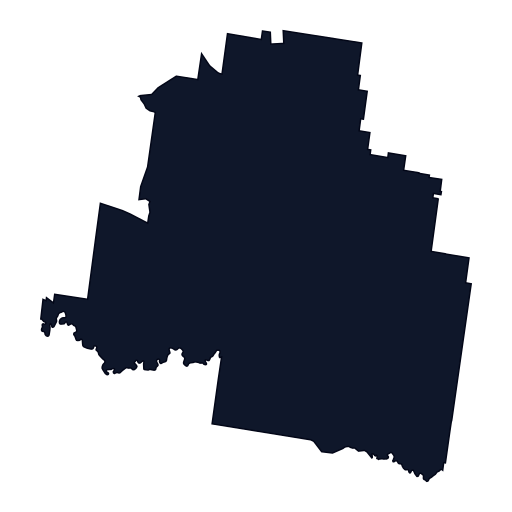 Leeton, New South Wales, Australia
{"feature_id": "25037944B57687505469181", "entity_name": "Leeton", "entity_type": "district", "adm_level": 2, "iso_a3": "AUS", "parent_name": "Australia", "parent_adm1": "New South Wales", "projection": "equal_earth", "projection_center": [146.159, -34.53], "detail": "fine", "context": "isolated", "style": "filled", "palette": "ink", "viewbox_px": 512, "rotation_deg": 0, "n_neighbors": 0, "source": "geoboundaries", "source_scale": "gbopen_adm2", "svg_char_len": 5954}
<svg xmlns="http://www.w3.org/2000/svg" viewBox="0 0 512 512"><path d="M46.5,297.7L46.1,300.7L43.0,299.4L43.0,299.7L40.8,319.0L41.8,319.2L43.8,321.5L45.6,322.3L45.9,323.2L45.7,323.6L44.9,324.2L44.5,324.3L43.1,323.8L42.4,324.3L42.2,325.0L42.5,327.1L41.8,328.4L41.5,329.7L41.6,330.4L41.9,330.9L42.3,331.3L43.5,331.4L44.3,331.8L44.8,332.6L45.2,334.5L46.2,335.7L47.3,336.2L47.9,336.2L48.4,335.9L48.8,335.5L49.1,334.7L49.8,330.2L50.0,327.3L49.7,325.2L50.0,324.1L50.4,323.7L50.9,323.9L51.4,324.8L51.9,326.7L52.3,327.2L52.7,327.3L53.7,326.8L54.1,326.3L56.4,321.8L56.6,320.9L56.3,319.0L56.4,317.9L57.6,316.2L58.6,313.6L59.8,312.7L61.4,312.2L62.8,311.4L63.8,311.4L64.5,311.7L65.2,312.5L65.9,314.8L66.1,316.2L65.8,317.3L65.1,317.7L63.0,317.8L62.1,318.0L60.3,319.3L59.8,320.2L59.4,321.6L59.4,322.5L59.6,323.4L60.1,323.9L60.9,324.1L63.9,323.8L64.4,323.6L65.3,322.2L66.3,321.9L66.7,322.1L67.0,322.5L67.6,324.3L68.0,324.9L68.3,325.2L68.8,325.1L70.8,323.9L71.8,323.8L72.7,324.2L73.6,325.3L75.4,326.2L75.9,327.0L76.7,330.1L76.7,331.0L76.5,331.6L76.1,332.0L74.0,333.1L73.8,333.9L73.8,334.6L75.0,336.3L76.1,339.5L76.6,340.3L77.6,340.5L79.2,340.4L80.0,340.0L80.9,339.1L81.7,339.4L82.1,339.7L82.4,340.7L82.6,343.8L82.8,345.3L83.1,346.0L83.9,346.8L87.2,348.2L91.3,349.1L92.4,348.9L93.0,348.5L93.4,347.8L93.9,346.4L94.3,345.9L95.3,345.7L96.5,346.5L96.8,347.0L96.8,347.7L96.1,349.4L96.2,350.1L97.5,351.2L98.3,352.3L98.8,354.4L99.4,355.3L101.6,357.7L103.3,359.4L104.3,360.1L104.8,360.9L105.0,361.8L104.6,362.9L103.4,364.1L102.8,365.0L102.2,366.8L102.1,368.1L102.8,369.6L105.3,373.5L106.8,374.6L107.5,374.7L108.2,374.4L108.5,373.8L108.5,373.3L108.1,372.8L106.4,371.7L106.1,371.2L106.2,370.4L106.7,370.0L107.6,369.6L111.2,369.4L111.8,368.9L112.7,368.6L114.1,368.6L114.4,368.8L114.5,369.4L114.2,370.4L113.3,371.7L113.5,372.8L114.0,373.3L114.6,373.5L115.5,372.9L116.9,372.5L118.2,372.7L119.0,373.0L119.9,372.8L122.5,370.4L125.9,367.8L126.8,367.7L128.7,368.1L130.5,367.9L131.0,368.1L132.9,369.7L133.9,369.7L134.5,369.5L135.9,368.3L136.4,367.5L136.9,366.6L136.6,365.6L135.4,364.1L134.4,363.3L134.2,363.0L134.4,362.3L135.0,361.7L135.8,360.5L136.3,360.2L137.4,360.6L137.8,361.8L138.4,362.6L138.8,363.0L139.5,363.1L140.3,362.9L142.5,361.1L143.3,360.9L143.8,361.2L144.0,361.7L143.6,363.9L143.8,368.6L144.0,369.3L144.6,369.6L148.1,370.0L148.9,369.8L149.5,369.3L153.6,370.1L154.8,370.1L155.6,369.5L156.1,367.5L156.5,366.9L157.5,366.0L158.0,365.2L157.9,364.3L156.8,362.3L156.5,361.5L156.7,360.2L157.0,359.6L158.1,359.1L158.8,359.1L159.2,359.4L159.7,360.2L159.5,361.5L159.6,362.1L160.1,363.0L160.8,363.5L161.2,363.4L163.1,362.3L164.9,361.8L165.8,361.4L166.1,361.0L166.5,360.2L166.8,357.9L167.6,355.4L168.4,354.4L169.8,353.3L169.9,352.6L169.0,349.4L169.5,348.2L170.6,347.8L172.0,348.1L173.2,348.7L175.0,349.9L175.8,350.0L177.0,349.5L178.6,348.0L179.9,347.9L181.0,348.4L182.3,349.7L183.1,350.8L183.2,351.4L183.1,352.1L182.2,353.5L182.0,354.5L182.1,355.0L182.8,356.0L184.2,357.1L184.7,358.0L184.7,359.1L183.6,362.3L183.6,363.3L183.9,364.0L185.3,365.4L186.4,366.1L186.7,366.1L187.5,365.9L188.4,364.4L188.5,363.8L189.1,363.4L190.3,362.8L193.1,362.5L194.5,362.0L195.7,361.9L198.5,362.4L200.0,363.1L202.7,363.0L203.2,363.3L203.6,364.0L204.1,364.3L205.3,364.7L206.0,364.6L206.4,364.3L206.5,363.8L206.2,363.0L205.2,361.3L205.1,360.7L205.2,360.1L205.5,360.0L206.4,359.9L208.1,360.6L209.0,360.5L209.6,359.6L210.4,357.7L211.2,356.9L212.2,356.5L212.9,355.9L213.9,354.2L215.3,352.5L216.0,351.3L216.5,350.6L217.0,350.2L219.0,350.2L219.8,350.8L220.1,351.5L220.0,352.9L219.4,354.1L219.2,355.1L219.4,356.9L219.8,357.5L220.1,357.5L221.6,357.0L218.4,378.6L212.1,423.8L310.8,439.8L313.8,441.3L321.7,451.7L332.5,453.0L342.8,448.5L344.7,447.1L346.4,446.6L348.8,446.4L350.5,447.4L352.8,448.1L354.6,447.9L358.5,451.1L364.5,450.4L366.9,451.8L371.8,457.9L372.2,457.6L372.3,457.1L372.1,455.3L371.6,454.4L371.9,454.0L372.3,453.8L373.7,454.2L374.6,455.4L375.4,455.9L375.7,455.8L376.1,455.2L376.5,455.1L376.8,455.5L377.1,456.5L377.1,457.4L376.9,458.5L377.9,458.9L378.6,459.4L379.0,459.1L382.1,458.7L383.3,459.0L386.8,458.9L386.9,458.7L387.2,458.4L387.8,458.3L388.3,457.7L388.4,456.8L387.4,455.4L387.3,454.7L388.0,454.0L390.8,452.4L391.4,452.5L392.1,453.0L394.1,455.8L394.2,457.4L393.5,459.1L393.4,459.7L392.8,460.6L393.0,461.6L393.6,461.8L394.1,461.7L395.1,460.9L395.6,460.8L396.8,460.9L397.3,461.2L398.3,463.1L398.8,463.5L399.2,463.7L400.7,463.8L401.4,464.1L401.8,464.5L402.4,466.3L403.5,468.2L405.0,469.6L405.6,469.8L407.8,469.6L408.4,470.0L409.0,472.1L409.7,472.9L410.1,472.9L410.5,472.6L411.3,471.0L411.9,470.3L413.0,470.1L413.4,470.5L413.9,471.3L414.9,473.7L416.9,476.4L417.7,476.4L418.3,476.0L419.2,474.0L419.8,473.4L420.4,473.2L421.0,473.3L423.2,475.1L423.5,475.8L423.4,478.1L423.5,478.8L424.0,479.4L425.5,480.1L426.6,481.3L427.0,481.3L427.7,481.1L428.2,480.7L429.3,478.5L431.5,477.2L433.4,475.6L435.3,474.3L437.1,471.9L438.9,471.2L440.6,469.6L441.0,469.4L441.8,469.5L442.7,470.2L443.7,462.6L445.4,462.9L449.8,431.7L451.5,420.2L451.7,420.3L452.0,418.4L471.2,283.8L465.6,282.8L469.0,257.9L445.4,254.0L445.4,253.8L431.1,251.4L438.2,199.2L438.0,198.7L432.8,197.8L433.4,193.4L440.9,194.7L441.4,191.6L440.2,191.4L441.7,179.4L429.0,177.5L429.4,175.1L418.8,173.3L418.9,172.8L403.6,170.3L405.7,155.8L388.4,152.9L387.8,157.6L370.1,154.6L370.7,149.9L367.6,149.4L369.9,132.6L359.1,130.8L360.7,118.7L363.4,119.2L367.2,91.3L358.4,89.8L360.3,75.5L357.6,75.1L361.8,43.0L283.2,30.7L283.8,43.4L270.8,44.1L270.3,32.2L262.5,31.0L261.3,39.5L227.5,33.7L222.0,74.1L219.7,73.6L217.7,72.6L210.0,66.1L208.8,64.6L201.6,53.8L197.8,79.6L176.3,76.2L158.2,87.7L151.7,94.5L140.4,95.6L138.8,96.3L140.5,97.2L141.0,99.7L144.2,103.9L146.2,108.2L150.0,110.8L153.9,111.7L155.3,112.5L147.6,167.0L140.7,186.6L139.0,199.6L145.8,198.7L150.0,201.5L148.9,204.5L150.0,212.3L148.8,215.9L147.7,223.2L130.3,214.1L122.4,210.6L100.4,203.3L95.7,238.1L87.6,299.3L54.7,294.3L53.7,301.4L53.4,302.9L46.5,297.7Z" fill="#0f172a" stroke="#020617" stroke-width="1.5"/></svg>